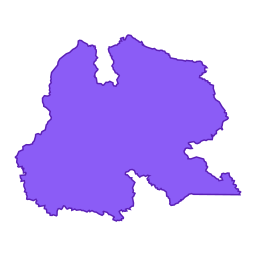 Trairão, Pará, Brazil (Mercator projection)
{"feature_id": "56859067B61979545771107", "entity_name": "Trairão", "entity_type": "district", "adm_level": 2, "iso_a3": "BRA", "parent_name": "Brazil", "parent_adm1": "Pará", "projection": "mercator", "projection_center": [-55.947, -5.107], "detail": "fine", "context": "isolated", "style": "filled", "palette": "violet", "viewbox_px": 256, "rotation_deg": 0, "n_neighbors": 0, "source": "geoboundaries", "source_scale": "gbopen_adm2", "svg_char_len": 5777}
<svg xmlns="http://www.w3.org/2000/svg" viewBox="0 0 256 256"><path d="M206.9,67.7L205.8,66.3L202.7,64.8L201.8,62.1L200.2,61.2L196.5,61.5L195.8,62.2L194.7,62.3L193.2,61.8L192.2,60.7L191.3,61.0L186.4,60.4L185.5,61.1L182.2,60.2L177.3,59.9L176.4,59.0L170.8,58.0L170.2,57.6L169.6,55.3L168.7,55.1L168.8,54.0L165.6,53.0L164.7,51.2L162.9,51.0L162.1,50.3L160.1,50.3L159.6,50.7L156.6,50.2L154.5,48.5L152.4,48.9L146.8,47.1L143.9,45.7L143.5,44.7L143.0,45.2L142.3,44.8L142.4,42.9L141.6,41.6L140.7,42.3L139.2,42.1L138.9,41.4L135.8,39.5L134.8,38.4L134.1,38.5L132.5,37.4L131.0,35.5L128.1,35.0L126.8,36.1L125.1,39.8L124.0,39.9L123.5,39.4L123.8,38.0L123.4,37.5L120.8,38.3L120.5,38.7L121.6,41.0L119.8,41.0L119.4,41.5L119.6,43.2L118.2,43.7L116.9,45.2L115.3,45.1L110.8,47.2L109.2,46.9L108.9,48.5L108.4,49.0L109.0,51.9L110.3,54.0L110.5,55.7L111.9,56.3L111.5,57.5L112.4,59.3L113.6,60.5L113.7,63.2L111.9,66.0L113.1,67.5L113.2,69.1L114.5,70.6L115.4,72.8L117.0,73.2L117.6,74.4L118.5,74.5L119.3,75.7L116.8,79.8L118.1,83.6L116.9,84.4L115.9,86.2L113.8,85.8L113.0,84.5L113.0,82.9L109.8,81.3L108.1,82.4L106.0,82.3L103.6,85.1L102.7,85.2L101.1,83.7L97.7,83.5L97.0,83.0L96.3,78.0L95.0,77.4L95.1,76.2L94.4,76.1L95.3,72.6L97.9,69.7L97.8,69.0L96.7,68.1L95.0,65.0L94.0,64.6L93.7,63.8L94.2,61.9L96.0,60.3L96.0,59.3L97.6,57.8L95.7,55.6L96.3,51.4L96.1,49.9L95.1,48.8L95.4,47.5L94.8,46.0L93.8,46.6L93.1,45.5L92.0,45.1L90.6,46.1L90.2,45.5L88.6,46.2L88.0,46.0L87.5,44.4L86.9,43.9L83.5,42.2L81.5,40.6L79.6,40.3L78.3,41.0L78.1,44.0L77.1,46.5L75.3,48.1L72.7,49.5L69.6,52.5L66.3,53.8L59.7,59.1L58.1,62.1L57.7,65.0L51.6,72.5L50.8,77.2L51.2,79.2L50.6,80.3L51.2,82.7L49.7,84.4L49.2,85.7L49.8,88.3L49.4,90.1L50.3,92.2L49.2,93.1L49.2,93.7L50.0,94.8L48.9,95.7L47.3,96.1L44.4,95.7L42.5,98.2L42.6,102.0L43.7,104.5L43.8,106.3L46.3,107.6L50.2,111.4L49.6,114.4L51.3,117.3L51.0,119.2L47.9,121.9L47.4,123.7L46.3,124.8L45.3,129.8L41.9,131.7L40.9,134.3L40.2,134.6L38.2,133.6L36.1,134.2L35.6,134.8L35.6,136.1L34.3,140.7L32.7,142.6L32.5,143.8L29.4,144.8L26.2,144.7L22.9,146.6L23.0,149.7L18.9,151.5L17.1,155.5L15.4,157.1L15.6,157.7L17.1,158.3L16.7,162.2L18.4,165.1L17.8,166.5L18.5,167.0L22.1,166.5L21.9,168.2L22.5,168.8L23.0,168.2L23.7,168.3L23.8,168.9L22.9,169.9L23.4,170.7L23.5,173.0L25.6,172.5L26.0,173.1L25.4,174.9L20.2,175.4L20.5,177.9L21.6,179.2L21.1,181.3L24.3,180.7L24.6,183.0L23.9,184.1L23.9,186.2L25.3,189.6L24.5,191.7L26.5,192.6L26.3,194.3L27.1,196.1L26.7,199.0L27.3,199.4L29.4,199.2L33.3,200.6L36.0,199.3L36.8,200.9L35.9,202.1L36.2,203.6L38.1,204.3L39.0,205.5L38.6,206.1L38.9,206.5L44.8,205.5L44.3,208.6L46.4,209.3L46.9,212.7L49.8,213.3L50.2,215.3L52.2,215.4L53.1,214.7L56.4,215.8L57.0,215.2L57.1,211.1L58.1,208.9L59.1,208.5L61.2,209.4L62.1,208.7L63.5,205.9L64.7,206.1L66.7,208.8L67.7,209.0L69.1,208.0L71.7,208.4L71.8,210.3L74.8,209.1L76.5,210.2L80.4,209.7L81.9,210.6L83.1,210.4L87.0,212.0L89.1,210.4L89.9,211.7L92.0,210.6L94.3,211.9L96.4,212.2L98.7,213.8L102.1,215.3L103.5,214.2L103.7,213.1L103.2,211.8L103.7,211.4L107.2,212.4L109.0,214.6L109.9,214.5L114.0,216.7L114.2,217.4L113.3,218.1L113.0,219.6L116.4,221.0L117.1,220.3L119.3,220.5L120.6,220.0L121.5,220.3L121.6,218.8L123.3,218.5L123.4,217.4L120.4,214.0L119.2,211.7L119.4,211.2L121.5,210.0L122.7,211.5L123.6,210.8L124.8,211.3L126.8,210.9L125.6,209.3L127.2,208.6L130.1,209.3L129.5,208.2L131.7,206.3L133.3,206.0L133.5,203.0L132.4,197.3L133.5,196.5L135.0,193.3L133.0,192.4L133.4,190.4L132.5,187.9L134.9,182.4L131.5,179.3L131.8,177.8L130.0,177.8L127.4,174.8L126.4,174.9L125.5,174.5L125.4,173.0L126.1,172.0L128.3,171.5L130.0,169.8L132.2,169.5L134.4,170.5L135.7,173.9L137.2,173.8L137.6,174.9L139.8,177.1L141.1,176.1L143.8,175.3L145.7,176.4L147.5,175.2L149.3,175.7L148.6,176.0L147.8,178.0L147.1,178.6L147.6,180.2L148.7,179.7L148.5,180.6L149.1,181.2L148.7,182.3L149.5,183.3L151.0,183.5L150.9,184.0L151.8,185.5L152.9,184.4L154.9,185.4L154.9,186.5L155.8,187.9L157.3,188.0L157.5,189.2L159.7,189.7L161.0,188.5L161.9,189.7L163.8,190.1L166.4,192.1L166.7,196.1L168.0,196.6L168.4,197.9L169.5,198.6L170.0,202.5L169.7,203.9L171.1,205.4L174.4,204.9L175.4,203.8L178.4,202.9L179.0,201.7L181.1,200.7L180.6,200.3L180.8,199.8L182.8,199.5L184.9,197.2L188.3,195.1L188.5,194.4L191.3,193.6L193.5,194.3L239.9,194.7L239.4,193.4L240.6,192.0L239.8,191.4L238.1,191.2L238.4,189.2L237.5,188.8L236.5,189.0L235.2,187.4L236.2,186.4L236.3,185.4L235.5,184.7L233.5,184.4L233.2,184.0L234.4,180.8L233.8,180.4L232.1,180.6L232.2,178.4L230.0,176.9L229.2,174.9L229.1,173.2L227.7,173.0L225.1,173.8L223.4,173.3L221.9,173.8L221.3,176.1L220.3,176.8L220.3,177.3L221.7,177.6L222.6,180.0L219.0,180.7L218.3,179.2L216.7,178.8L214.1,176.5L212.1,175.7L211.2,174.3L208.2,172.9L206.9,171.4L205.9,171.0L205.9,170.0L207.6,167.0L207.4,166.4L206.3,165.9L206.4,163.6L205.8,162.1L204.5,161.4L203.6,159.0L196.4,157.0L190.9,158.9L188.0,158.7L188.3,157.7L187.5,155.8L184.8,153.6L184.1,151.7L184.2,150.8L185.1,149.7L185.0,149.1L185.8,148.3L187.3,148.0L190.2,148.6L192.2,148.4L191.0,146.6L190.9,145.6L188.6,143.9L188.4,143.0L189.1,142.5L193.8,141.6L195.9,143.4L197.4,143.6L199.8,142.6L201.0,141.2L204.1,140.0L206.1,140.5L207.9,139.5L212.2,139.6L212.6,137.3L211.6,135.9L211.5,134.9L213.6,136.0L215.3,134.0L216.4,133.6L216.4,130.8L219.9,128.4L221.5,128.8L222.1,129.7L222.5,129.4L221.5,126.8L222.1,125.9L222.6,122.6L223.5,121.2L227.3,119.3L228.2,118.2L227.9,117.2L225.9,116.3L226.5,114.6L226.3,112.9L224.8,112.7L224.4,112.2L225.1,110.7L222.0,106.7L219.2,101.9L215.8,99.8L214.1,97.4L214.0,95.7L213.5,94.9L214.7,94.4L215.0,93.7L213.3,88.6L213.4,85.4L210.0,84.3L209.9,82.8L208.4,82.7L207.9,82.4L208.0,81.3L207.1,80.7L205.3,80.7L205.0,79.6L204.1,79.0L202.4,79.3L202.1,78.2L199.5,77.6L199.8,75.6L200.8,75.6L202.6,74.1L202.2,73.3L205.7,72.2L206.2,71.2L204.8,71.0L204.7,68.2L205.0,67.8L206.9,67.7Z" fill="#8b5cf6" stroke="#5b21b6" stroke-width="1.5"/></svg>